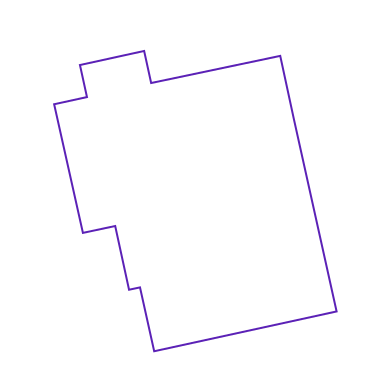 the district of Putnam, Ohio, United States of America, rotated 78°
{"feature_id": "52423323B37159201054732", "entity_name": "Putnam", "entity_type": "district", "adm_level": 2, "iso_a3": "USA", "parent_name": "United States of America", "parent_adm1": "Ohio", "projection": "orthographic", "projection_center": [-84.197, 41.013], "detail": "fine", "context": "isolated", "style": "outline", "palette": "violet", "viewbox_px": 384, "rotation_deg": 78, "n_neighbors": 0, "source": "geoboundaries", "source_scale": "gbopen_adm2", "svg_char_len": 323}
<svg xmlns="http://www.w3.org/2000/svg" viewBox="0 0 384 384"><g transform="rotate(78 192 192)"><path d="M44.1,209.5L44.5,275.2L77.3,275.0L77.5,308.6L209.3,307.2L209.3,274.2L274.5,273.9L274.5,262.7L339.9,262.1L338.9,75.4L141.7,77.2L77.2,77.4L76.9,209.3L44.1,209.5Z" fill="none" stroke="#5b21b6" stroke-width="2"/></g></svg>